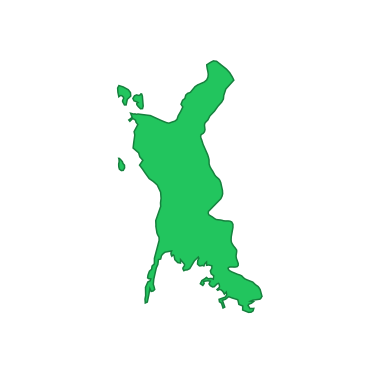 map outline of Ehime (Equal Earth projection), rotated 314°
{"feature_id": "JPN-1832", "entity_name": "Ehime", "entity_type": "Prefecture", "adm_level": 1, "iso_a3": "JPN", "parent_name": "Japan", "parent_adm1": "", "projection": "equal_earth", "projection_center": [132.746, 33.592], "detail": "fine", "context": "isolated", "style": "filled", "palette": "green", "viewbox_px": 384, "rotation_deg": 314, "n_neighbors": 0, "source": "natural_earth", "source_scale": "10m", "svg_char_len": 4272}
<svg xmlns="http://www.w3.org/2000/svg" viewBox="0 0 384 384"><g transform="rotate(314 192 192)"><path d="M165.1,314.9L163.3,315.4L162.1,315.3L156.3,310.8L154.1,309.9L155.8,312.4L153.2,312.0L151.0,310.9L149.3,311.1L148.4,314.8L149.2,315.3L150.4,316.6L151.2,317.3L148.9,318.5L146.6,318.0L144.7,316.3L142.3,310.4L145.2,307.7L143.7,303.8L145.5,301.1L146.3,299.7L143.5,294.2L142.2,291.1L138.1,290.6L135.2,289.1L132.0,295.5L130.1,294.9L132.5,290.5L132.1,288.0L133.6,286.0L139.5,288.9L142.2,288.4L143.8,286.2L141.0,286.2L141.8,283.6L141.9,281.2L141.0,279.4L139.2,278.8L139.2,277.7L142.2,277.9L142.8,277.7L143.4,277.1L144.4,275.8L144.7,274.5L143.3,273.9L139.3,273.8L138.0,272.8L137.3,270.3L137.7,268.1L140.5,267.1L139.2,265.1L137.7,263.9L135.7,262.5L134.6,264.3L132.3,264.7L131.8,261.7L135.2,260.6L138.7,261.5L140.6,261.7L140.8,263.9L143.1,265.7L144.1,267.9L146.8,265.8L146.5,262.6L148.0,260.0L151.0,259.2L152.7,257.5L151.1,254.7L149.4,253.4L151.7,251.1L149.4,251.0L147.1,251.9L146.4,250.4L145.0,249.6L144.0,248.6L144.0,246.0L146.8,243.7L149.1,243.0L149.6,241.7L144.3,241.5L135.3,243.6L132.7,242.7L131.2,241.4L129.7,240.8L130.4,238.8L131.4,238.1L133.6,237.8L134.7,236.9L134.9,235.8L135.4,230.7L132.9,233.1L131.3,230.8L131.4,226.7L133.7,223.3L133.7,222.1L131.8,222.1L132.3,220.7L133.1,219.6L134.2,218.8L135.4,218.3L130.0,214.4L127.6,214.1L125.1,214.2L123.6,215.1L122.0,216.0L120.1,214.8L116.1,217.8L112.7,219.0L107.4,222.2L102.7,225.1L98.7,228.3L97.2,231.0L96.0,232.9L93.8,232.8L92.1,231.7L93.3,228.7L88.3,232.2L81.8,236.3L79.7,235.5L82.3,232.6L85.3,230.6L91.1,224.8L96.7,222.7L99.1,223.6L100.9,222.7L99.6,221.1L99.4,219.7L101.6,218.1L105.4,216.4L108.4,216.6L111.0,214.7L114.2,214.8L118.2,211.0L134.3,202.0L136.5,199.8L137.4,196.9L138.2,195.2L142.2,189.9L143.4,188.8L146.2,185.8L159.9,179.5L162.2,177.0L165.9,174.2L170.1,169.5L172.9,162.1L172.7,156.8L171.9,151.9L173.1,145.3L174.1,140.5L174.9,135.6L180.7,134.6L181.0,130.1L183.1,126.4L182.7,119.1L186.6,116.1L193.2,111.3L195.2,108.4L202.9,106.2L203.3,103.3L204.4,101.5L203.8,98.4L201.1,98.2L199.7,98.2L199.9,96.5L202.4,96.9L204.2,97.0L206.0,93.1L207.6,96.0L208.6,96.7L209.2,98.0L210.6,99.0L218.1,109.0L222.0,120.0L223.2,123.1L224.3,125.7L225.5,127.6L228.4,129.0L231.0,130.4L233.7,130.8L237.3,129.1L242.1,127.9L246.8,126.3L247.5,123.1L251.5,121.5L254.3,121.9L257.4,120.2L259.9,120.3L262.5,121.6L269.9,121.0L273.1,121.7L279.6,124.4L282.9,124.7L285.7,123.7L288.0,121.9L289.7,119.7L291.2,117.4L293.2,114.8L293.8,114.2L298.3,115.3L301.2,116.3L303.1,118.9L304.3,131.4L304.0,136.2L302.7,141.2L301.5,144.4L289.6,144.8L283.6,147.7L280.7,150.0L277.2,150.9L271.6,151.1L265.8,152.0L259.2,152.0L254.7,153.4L252.5,153.3L250.2,153.5L248.6,154.7L245.8,158.1L244.0,159.1L242.1,159.3L239.5,158.7L238.1,159.5L237.0,160.9L236.2,162.8L233.9,167.0L229.7,177.3L228.4,179.7L227.0,181.9L224.1,184.8L222.8,187.1L221.9,189.9L221.4,192.3L220.0,196.7L219.8,198.7L220.0,202.1L219.7,203.9L218.7,206.2L214.3,212.8L212.0,215.3L209.9,216.5L207.2,217.4L189.5,217.3L188.0,218.4L187.3,220.0L188.2,224.0L188.5,226.3L188.9,228.3L190.1,230.0L191.4,231.6L192.4,233.1L193.3,234.8L194.6,236.4L196.2,238.0L197.4,239.6L198.0,241.4L197.2,243.9L194.9,246.1L187.1,251.3L184.7,253.4L183.2,255.3L182.5,257.4L182.0,259.6L181.8,261.6L181.5,263.2L181.2,264.5L180.1,265.6L176.5,268.2L175.0,270.2L172.7,274.9L171.3,276.2L169.6,276.3L167.9,275.1L164.1,271.0L162.2,270.8L161.5,272.3L161.6,273.9L162.1,275.9L164.5,282.1L165.5,284.0L166.2,286.0L166.1,288.2L166.2,290.2L166.9,292.3L169.4,298.3L169.4,302.0L169.9,305.2L169.6,307.1L169.1,308.9L165.5,314.9L165.1,314.9ZM213.7,81.1L208.9,84.1L207.7,82.9L208.8,79.3L209.7,78.5L211.9,77.8L212.5,76.9L212.6,75.0L212.1,73.9L211.0,73.3L209.7,73.2L212.2,69.5L215.1,66.3L217.8,65.5L219.8,69.5L221.3,75.0L220.8,78.6L218.5,81.3L213.7,81.1ZM226.4,87.2L227.2,87.1L227.5,87.8L226.5,89.7L219.9,97.2L217.6,98.5L216.1,97.2L216.1,94.0L216.5,91.6L217.2,90.8L218.1,90.8L218.8,91.0L218.4,89.5L217.3,86.9L218.2,84.5L221.3,83.8L223.4,84.7L224.1,86.1L225.0,87.1L226.4,87.2ZM165.3,115.9L165.7,116.4L165.7,118.3L165.5,120.3L165.3,121.3L164.7,122.2L164.5,123.0L164.4,124.8L162.5,126.8L159.8,127.5L158.3,126.3L158.0,123.9L159.2,121.9L160.6,120.4L161.6,119.5L162.2,119.2L163.1,118.6L164.7,117.0L165.3,115.9Z" fill="#22c55e" stroke="#15803d" stroke-width="1.5"/></g></svg>